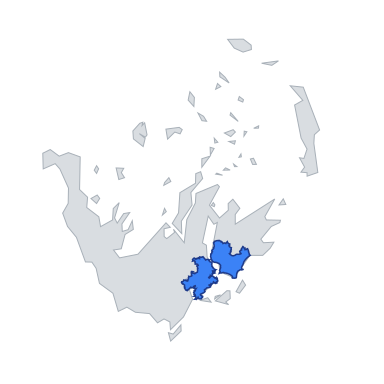 Dytikis Elladas, Dytiki Ellada, Greece (highlighted), rotated 256°
{"feature_id": "26713481B45081925310995", "entity_name": "Dytikis Elladas", "entity_type": "district", "adm_level": 2, "iso_a3": "GRC", "parent_name": "Greece", "parent_adm1": "Dytiki Ellada", "projection": "albers", "projection_center": [21.426, 38.276], "detail": "fine", "context": "in_parent", "style": "filled", "palette": "blue", "viewbox_px": 384, "rotation_deg": 256, "n_neighbors": 0, "source": "geoboundaries", "source_scale": "gbopen_adm2", "svg_char_len": 9613}
<svg xmlns="http://www.w3.org/2000/svg" viewBox="0 0 384 384"><g transform="rotate(256 192 192)"><path d="M250.4,53.2L265.7,56.6L267.5,64.7L258.9,71.8L260.1,81.6L253.1,92.0L221.6,83.5L212.2,89.4L202.4,86.1L190.5,95.6L180.5,94.9L184.1,108.2L195.0,111.6L199.3,118.8L185.6,110.6L179.9,111.9L187.6,120.5L187.1,126.6L178.0,116.3L170.6,114.8L170.9,120.9L178.6,127.1L169.9,126.0L167.0,116.8L154.0,109.6L154.7,101.8L145.6,105.8L144.7,124.5L168.4,159.3L163.0,162.4L163.1,156.0L155.5,154.2L152.9,156.2L154.4,159.7L157.1,165.4L160.3,165.0L144.6,172.2L166.5,180.3L180.5,192.6L189.6,195.5L193.1,218.5L190.5,219.9L175.0,205.7L160.1,212.4L165.5,222.8L172.0,224.3L175.1,229.9L164.6,234.5L159.7,228.5L150.3,226.2L165.2,270.6L150.5,256.7L146.9,257.4L143.2,271.0L141.1,269.8L139.4,260.6L129.6,247.4L125.5,249.0L123.5,259.3L118.5,254.2L113.4,245.3L116.5,232.8L98.6,212.2L107.6,199.8L115.7,200.7L121.0,194.4L125.1,194.7L156.3,209.2L155.4,205.4L164.7,201.9L140.1,189.8L136.9,193.1L125.5,191.0L109.8,194.7L105.2,188.0L104.4,192.6L100.5,193.7L87.4,172.1L98.3,171.3L98.5,165.8L87.8,166.6L72.8,153.5L63.6,137.8L71.3,139.1L75.6,134.1L73.4,126.9L84.3,121.4L89.0,108.0L96.0,100.9L94.0,91.6L112.9,90.8L125.7,80.1L141.1,80.5L148.2,77.9L149.9,71.7L176.0,68.9L188.7,62.9L202.8,61.4L210.9,69.1L225.7,73.1L246.2,69.4L252.6,66.1L250.4,53.2ZM188.9,307.3L199.2,304.6L197.5,308.7L205.8,314.0L217.9,310.9L251.6,312.6L254.1,321.7L271.3,313.0L266.8,325.3L221.3,330.8L218.0,324.6L209.7,322.0L180.5,318.8L179.5,307.5L182.9,308.3L184.9,302.5L188.9,307.3ZM166.3,165.2L175.0,173.9L194.3,180.1L199.6,197.5L208.9,200.1L209.6,205.3L202.5,205.6L191.8,190.8L179.3,188.9L166.3,174.6L154.1,172.0L166.3,165.2ZM265.5,149.4L271.3,158.0L271.6,161.2L268.5,159.6L270.6,162.8L258.3,162.2L256.5,160.0L261.4,155.0L255.3,159.5L247.9,155.6L257.7,148.0L265.5,149.4ZM320.2,284.9L315.9,284.1L315.4,275.4L321.4,267.8L331.5,263.5L327.9,278.8L320.2,284.9ZM257.8,195.2L254.9,197.6L251.3,194.5L254.3,189.8L249.2,181.1L259.3,181.9L257.8,195.2ZM80.7,188.3L87.8,202.0L86.9,204.9L79.3,203.3L77.1,198.1L73.9,200.3L80.7,188.3ZM65.8,149.1L59.7,147.8L52.5,135.2L61.2,135.1L58.7,139.4L65.8,149.1ZM233.7,124.2L231.5,131.5L227.9,128.1L222.2,130.0L221.8,124.0L233.7,124.2ZM282.1,210.5L289.8,214.2L283.2,217.2L274.5,214.5L282.1,210.5ZM212.0,99.3L208.1,100.9L203.9,96.6L210.1,92.4L212.0,99.3ZM84.6,210.6L94.3,219.7L88.7,221.5L82.3,213.6L84.6,210.6ZM242.5,247.0L239.7,248.6L236.4,243.0L241.4,237.7L242.5,247.0ZM221.9,209.6L222.4,218.2L213.6,207.5L221.9,209.6ZM300.1,290.7L298.3,307.6L295.6,300.1L300.1,290.7ZM85.6,181.7L80.5,183.9L85.0,173.3L85.6,181.7ZM163.3,278.9L157.2,280.0L158.4,273.3L163.3,278.9ZM288.8,254.4L297.0,246.9L301.6,247.8L295.3,251.9L288.8,254.4ZM257.1,223.3L258.8,218.9L267.2,216.9L262.7,221.5L257.1,223.3ZM232.1,240.0L231.2,246.5L228.1,244.8L232.1,240.0ZM231.0,220.4L228.9,224.0L223.5,218.8L231.0,220.4ZM211.5,173.0L207.3,174.0L205.3,166.2L207.8,167.7L211.5,173.0ZM240.6,105.8L237.1,107.0L233.1,103.9L236.8,102.4L240.6,105.8ZM209.9,256.6L209.9,259.8L203.2,261.2L204.1,257.5L209.9,256.6ZM259.6,248.8L249.3,253.9L257.4,247.5L259.6,248.8ZM204.3,220.6L200.9,225.7L203.6,219.3L204.3,220.6ZM238.9,226.6L234.0,229.1L234.0,226.0L238.9,226.6ZM273.2,261.0L269.1,264.3L267.0,263.0L270.1,259.0L273.2,261.0ZM291.1,243.0L287.3,245.5L286.0,239.8L291.1,243.0ZM207.3,230.4L204.1,234.3L205.6,227.7L207.3,230.4ZM85.1,189.3L85.3,194.8L82.7,188.1L85.1,189.3ZM238.4,257.4L237.2,259.8L233.6,255.9L238.4,257.4ZM182.8,161.4L179.2,162.3L176.8,157.7L182.8,161.4ZM176.6,210.1L174.0,211.1L172.4,210.0L174.4,207.5L176.6,210.1ZM209.1,239.1L205.8,241.7L206.3,239.4L209.1,239.1ZM238.9,267.3L240.1,272.7L237.9,272.0L238.9,267.3ZM217.1,248.7L214.2,248.4L214.3,245.9L217.1,248.7Z" fill="#d9dde1" stroke="#a8b0b8" stroke-width="1"/><path d="M138.8,202.3L138.4,201.6L138.0,201.5L137.4,200.5L136.9,200.7L136.1,200.6L135.3,200.7L133.5,200.3L133.1,199.6L132.7,199.4L132.3,199.6L131.5,198.9L131.4,198.4L130.9,197.6L130.2,197.0L129.1,197.4L128.8,196.7L127.5,196.2L127.5,195.6L127.2,195.1L126.3,195.1L125.0,194.4L123.1,194.6L122.0,194.0L121.1,194.9L120.8,194.8L119.6,195.3L118.9,196.2L118.5,196.4L118.3,196.8L118.2,197.6L117.9,197.9L117.6,199.0L116.4,200.4L116.2,200.9L114.0,202.0L112.1,201.4L111.6,201.5L109.1,199.7L108.6,199.8L108.2,200.1L107.8,200.1L107.1,199.1L106.8,199.2L106.5,198.9L106.6,199.8L106.3,201.0L106.4,202.1L106.4,202.9L106.0,203.6L105.6,203.7L105.3,205.0L104.4,206.7L102.8,208.9L100.9,210.5L99.9,210.8L99.4,210.6L99.1,210.2L98.7,210.4L98.0,212.8L98.0,214.0L98.4,214.4L102.1,215.7L103.7,216.9L104.3,217.7L104.5,219.0L104.9,219.9L104.4,221.2L104.5,221.6L104.3,222.4L104.5,222.7L104.6,222.8L104.7,222.7L104.8,221.9L105.1,221.7L106.7,221.8L107.8,222.5L108.9,223.6L111.8,225.5L112.9,226.7L114.4,228.8L115.6,231.0L116.5,233.2L117.5,232.5L118.8,232.6L120.0,232.4L120.7,232.6L121.0,232.4L121.9,232.6L122.9,232.2L123.6,232.2L123.6,231.8L123.4,231.5L123.3,230.6L123.1,230.6L123.2,230.0L123.5,230.4L124.0,229.4L124.5,229.6L124.4,229.3L124.9,229.0L125.7,228.9L126.8,228.2L126.6,227.9L125.7,227.2L125.2,226.3L124.2,225.9L124.0,226.0L124.0,225.7L123.6,225.5L123.6,225.0L123.4,224.9L123.3,224.5L122.9,223.9L121.5,224.0L120.6,224.7L120.3,224.7L120.1,223.7L120.3,223.2L120.1,222.8L120.8,220.4L120.7,219.6L120.2,218.4L120.1,216.5L120.7,215.2L121.6,214.5L122.1,213.9L123.2,213.3L123.4,213.6L123.3,214.2L123.6,214.6L124.4,214.9L124.4,215.1L124.7,215.4L125.1,215.0L125.8,215.4L126.2,216.1L126.9,216.0L127.1,216.3L128.1,216.4L128.5,216.7L129.2,215.6L129.9,215.3L130.1,215.0L131.0,215.0L130.9,215.3L131.3,215.8L131.7,215.7L132.4,216.1L133.2,214.8L133.8,214.5L134.1,214.6L134.4,214.3L135.3,214.3L134.7,213.2L133.8,212.4L134.7,211.4L134.5,209.6L135.3,209.6L135.7,209.3L136.1,209.2L136.5,208.8L136.4,208.2L136.8,208.1L137.1,208.3L137.7,207.4L138.3,207.0L138.2,206.2L138.6,205.9L138.7,204.8L138.8,204.4L138.8,203.5L138.6,202.7L138.8,202.3ZM98.2,165.1L98.5,165.4L99.9,167.8L99.6,167.9L99.3,168.8L99.2,170.2L99.4,170.5L100.0,170.8L100.3,172.1L100.3,172.5L99.9,172.5L99.5,171.4L99.0,171.3L97.9,170.6L97.6,170.9L97.7,172.0L97.3,172.3L97.3,172.6L96.8,172.0L95.3,171.2L95.4,170.9L95.7,170.7L95.5,170.0L94.6,170.1L94.1,169.3L93.9,169.2L93.0,169.8L92.2,169.2L91.6,170.2L90.3,170.3L91.0,170.1L90.6,169.7L90.4,168.7L89.7,170.2L88.7,170.3L88.1,170.1L87.3,168.7L87.1,169.7L86.7,170.1L87.2,171.2L87.9,172.1L88.0,172.3L87.9,171.9L88.4,172.4L87.2,172.6L86.4,173.1L86.2,173.4L86.3,173.3L86.5,173.7L86.2,174.5L86.1,175.3L86.8,175.6L87.2,176.7L87.8,177.0L88.1,176.5L88.5,176.4L88.6,176.7L89.9,175.3L90.7,175.4L90.9,175.8L91.1,177.3L91.3,177.8L91.3,178.8L92.1,180.4L92.2,180.5L92.6,180.2L93.0,180.5L93.7,180.3L94.3,180.5L94.4,181.6L95.4,183.1L95.1,186.0L95.5,187.1L96.1,187.3L97.1,186.1L97.4,186.0L97.7,186.1L97.4,187.6L97.8,187.9L97.2,187.9L97.1,188.1L97.5,188.3L97.3,188.5L98.0,188.2L98.0,188.5L97.6,188.8L98.2,189.5L98.2,190.0L98.5,190.5L98.3,190.5L99.5,190.9L99.6,191.1L99.4,191.1L98.6,190.9L98.6,191.4L98.8,191.5L98.7,192.1L98.2,192.4L98.3,192.7L98.0,192.7L98.0,192.1L97.8,192.2L97.5,192.9L97.6,193.0L97.8,192.8L98.1,193.1L97.9,193.6L97.7,193.6L97.8,194.2L98.2,194.0L98.8,194.0L99.0,194.2L98.9,194.7L99.7,195.3L99.6,195.5L99.3,195.4L99.1,195.1L99.2,195.4L99.8,195.6L100.2,195.6L101.1,195.4L102.2,195.6L102.7,195.4L101.4,195.0L101.7,194.6L101.9,194.5L102.0,194.8L102.2,194.4L103.2,194.0L103.2,193.6L103.0,193.3L103.2,193.1L103.9,193.1L104.0,192.6L105.1,192.1L105.6,192.1L105.4,192.0L105.5,190.4L106.1,190.0L105.6,190.0L105.3,189.2L104.9,189.0L104.3,188.3L104.3,187.9L104.9,187.5L106.1,189.0L106.4,190.4L106.2,190.9L106.5,191.5L107.3,192.1L107.8,191.8L108.2,192.3L108.1,192.8L107.8,193.1L107.8,194.4L108.1,193.0L108.5,192.8L109.7,192.8L109.5,193.0L109.6,193.4L110.2,193.3L109.9,193.9L110.2,194.5L110.2,195.6L110.9,195.5L111.0,195.9L111.1,195.6L111.2,195.8L111.7,195.0L113.1,194.4L113.5,193.8L114.3,193.9L115.0,193.3L116.4,193.7L117.1,193.5L118.1,194.2L119.2,194.4L119.5,193.1L120.0,192.5L120.6,192.4L121.3,191.8L121.8,192.1L121.9,192.5L122.4,191.6L122.7,191.3L122.9,190.9L122.8,190.0L123.0,189.7L122.8,188.8L123.0,188.8L123.2,188.5L124.1,188.3L124.6,187.8L125.6,187.6L126.1,187.1L126.6,187.0L126.6,186.8L126.3,186.1L126.4,185.1L126.7,185.0L126.7,184.4L127.1,183.8L126.1,183.3L125.5,183.2L125.9,182.5L126.7,182.3L126.6,181.8L126.1,181.4L126.2,180.8L126.0,180.5L126.5,180.0L126.0,179.5L126.4,179.4L126.3,178.8L127.4,178.2L127.3,177.6L126.4,176.2L125.6,176.4L124.8,175.8L124.8,177.5L123.3,178.3L122.6,177.7L122.0,177.9L121.2,177.7L121.1,178.8L120.8,179.1L120.8,179.5L120.4,179.9L120.2,179.8L119.6,180.0L119.4,180.3L119.2,180.3L119.2,180.0L119.3,179.7L119.2,179.5L119.3,179.1L119.0,178.7L117.9,179.1L116.5,179.2L116.5,178.9L116.0,178.6L115.1,178.7L112.9,177.8L112.9,177.2L112.6,176.6L112.6,175.9L112.1,175.1L112.5,175.0L112.9,174.5L112.7,173.9L113.0,173.2L114.4,173.1L114.5,173.5L114.9,172.7L115.0,172.3L114.8,172.1L114.5,172.2L114.1,171.8L113.0,171.6L112.6,171.7L112.3,171.5L110.9,171.6L110.9,171.3L110.6,171.1L110.7,170.8L110.4,169.5L110.6,169.3L110.7,168.9L111.0,168.4L110.3,168.3L109.5,167.6L109.1,167.7L108.4,167.4L108.1,166.9L107.5,166.5L107.3,166.7L106.7,166.3L106.7,165.7L107.2,165.3L107.3,165.0L108.1,164.9L107.8,164.6L108.0,164.5L107.9,164.0L108.2,163.7L108.6,162.7L108.1,162.6L107.3,161.4L107.4,160.3L106.8,160.2L106.6,159.9L105.0,160.5L105.1,161.1L103.4,162.3L102.2,161.7L101.8,161.7L101.4,162.1L101.2,162.0L100.9,161.5L100.6,161.5L100.4,161.9L99.9,161.8L98.5,162.1L97.8,162.9L98.2,163.5L97.5,163.7L98.2,165.1ZM110.2,194.5L109.9,194.0L109.7,193.9L110.0,194.2L110.2,195.1L110.1,195.3L108.9,194.3L108.4,194.5L108.5,194.3L108.1,194.2L108.0,194.5L109.0,194.7L110.1,195.6L110.2,194.5Z" fill="#3b82f6" stroke="#1e3a8a" stroke-width="1.5"/></g></svg>